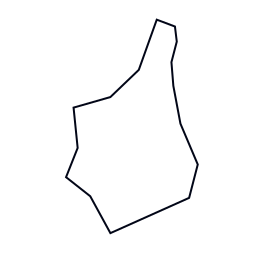 the state/province of Fiorentino, rotated 344°
{"feature_id": "SMR-4890", "entity_name": "Fiorentino", "entity_type": "state/province", "adm_level": 1, "iso_a3": "SMR", "parent_name": "San Marino", "parent_adm1": "", "projection": "orthographic", "projection_center": [12.455, 43.909], "detail": "fine", "context": "isolated", "style": "outline", "palette": "ink", "viewbox_px": 256, "rotation_deg": 344, "n_neighbors": 0, "source": "natural_earth", "source_scale": "10m", "svg_char_len": 346}
<svg xmlns="http://www.w3.org/2000/svg" viewBox="0 0 256 256"><g transform="rotate(344 128 128)"><path d="M185.0,182.3L167.5,212.0L82.1,224.2L72.9,183.2L54.9,158.2L74.1,133.3L81.3,93.4L119.6,93.4L154.4,75.1L185.5,31.8L201.1,43.4L198.7,58.4L187.9,76.7L183.2,100.0L179.6,138.3L185.0,182.3Z" fill="none" stroke="#020617" stroke-width="2"/></g></svg>